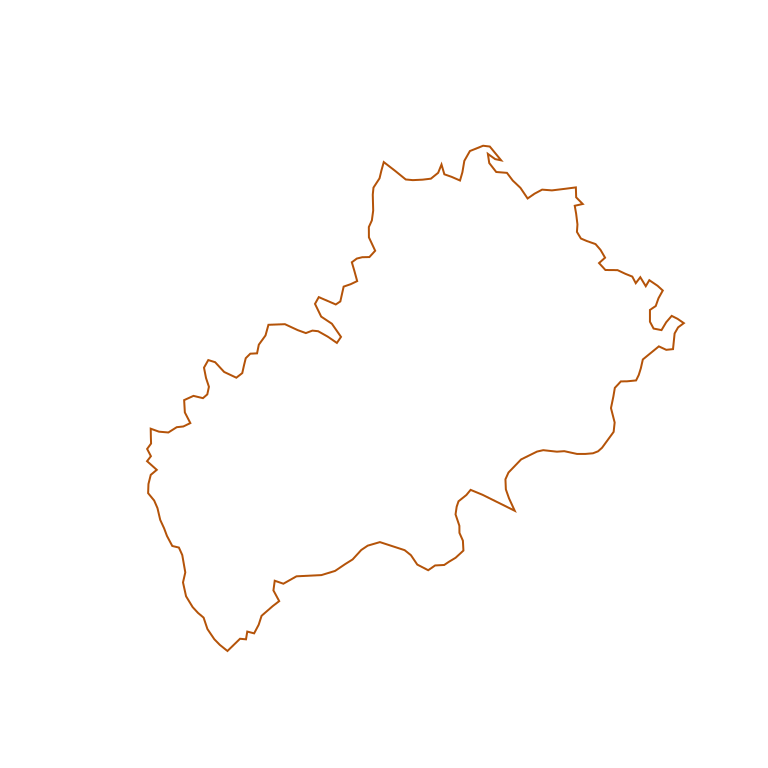 Simolândia, Goiás, Brazil, rotated 146°
{"feature_id": "56859067B65187776336731", "entity_name": "Simolândia", "entity_type": "district", "adm_level": 2, "iso_a3": "BRA", "parent_name": "Brazil", "parent_adm1": "Goiás", "projection": "equal_earth", "projection_center": [-46.59, -14.44], "detail": "fine", "context": "isolated", "style": "outline", "palette": "amber", "viewbox_px": 768, "rotation_deg": 146, "n_neighbors": 0, "source": "geoboundaries", "source_scale": "gbopen_adm2", "svg_char_len": 2758}
<svg xmlns="http://www.w3.org/2000/svg" viewBox="0 0 768 768"><g transform="rotate(146 384 384)"><path d="M602.4,477.4L607.0,470.3L610.4,464.9L616.7,462.6L617.6,454.5L623.6,452.5L620.4,439.9L628.2,439.1L635.2,432.8L640.6,425.4L639.7,415.9L641.2,407.8L645.5,396.5L647.0,387.3L648.9,379.4L650.1,368.1L645.5,363.1L646.9,355.0L654.1,338.9L661.6,331.9L666.8,318.7L667.4,306.0L666.2,298.2L664.2,291.2L667.4,279.6L667.4,267.3L666.0,259.6L663.1,250.2L645.8,253.3L641.2,249.5L635.8,255.2L631.1,249.9L622.5,254.5L615.1,260.3L600.4,262.1L592.3,262.6L591.1,274.7L584.6,282.0L579.1,274.7L564.1,273.5L542.8,260.6L529.1,256.4L516.9,256.4L508.1,256.1L495.7,259.1L487.9,259.1L475.8,255.2L459.8,234.7L457.4,227.0L457.4,215.7L451.5,204.9L443.1,205.0L435.3,200.3L429.5,200.3L421.8,199.9L411.3,201.5L406.2,210.0L404.7,218.4L400.8,224.3L397.6,235.9L392.4,241.6L387.8,245.1L377.8,245.9L371.4,247.8L364.3,237.1L346.5,205.8L344.3,219.3L341.9,228.5L336.6,237.1L330.3,241.0L312.5,244.8L294.9,242.4L289.0,240.1L278.5,231.2L272.1,227.5L263.1,218.1L256.3,213.5L249.5,209.7L244.2,208.5L238.9,209.2L220.4,215.9L214.3,223.1L209.3,237.1L200.9,245.3L194.8,251.7L186.2,253.7L180.8,250.2L173.0,246.0L167.8,249.0L162.3,253.4L155.7,259.6L149.3,260.2L135.1,261.5L130.9,254.5L124.9,251.3L114.8,263.4L108.5,266.5L101.4,266.8L104.2,273.9L107.4,279.6L115.5,277.4L123.8,273.5L129.5,279.2L128.7,286.9L122.1,296.7L115.1,296.7L108.5,301.6L100.6,305.6L102.3,312.5L106.0,321.7L112.3,318.7L111.8,329.2L118.9,326.8L118.1,334.2L122.3,340.4L126.7,347.8L136.7,354.7L138.1,364.0L130.1,365.1L129.5,374.0L130.4,381.7L135.9,389.1L139.4,394.5L139.0,402.2L134.4,408.1L129.5,417.7L126.2,425.1L118.6,422.1L120.3,431.3L115.0,439.7L124.4,444.4L136.5,450.6L144.2,456.7L152.8,457.6L161.2,457.5L161.2,470.3L163.5,480.7L164.0,490.3L172.4,497.0L173.2,508.3L169.2,516.7L166.1,508.3L161.8,503.9L163.5,521.7L168.6,526.1L182.5,529.1L192.6,524.1L200.6,515.7L207.2,510.2L212.1,517.9L216.7,524.1L213.6,533.8L221.0,528.8L230.3,528.0L237.7,531.8L246.1,536.9L251.6,541.4L255.5,554.2L260.1,568.1L266.8,562.4L272.7,557.0L282.9,552.7L287.4,547.3L296.0,533.8L302.6,526.4L308.8,522.6L314.5,514.0L316.8,499.4L325.1,497.4L331.2,501.3L336.4,503.2L342.6,502.9L345.2,494.7L348.7,484.3L355.9,485.4L363.0,487.3L374.0,476.9L379.5,476.9L389.5,492.5L396.4,489.0L398.4,475.0L393.5,463.1L393.3,447.1L400.1,444.4L404.2,454.8L409.1,464.6L413.5,468.3L420.3,469.9L425.4,476.9L432.7,489.0L446.7,497.7L455.1,490.5L465.8,486.6L472.1,480.4L477.9,483.9L484.2,482.7L489.7,477.7L495.4,472.3L502.9,471.8L509.8,483.4L511.8,496.5L516.3,502.1L524.1,498.2L528.2,488.5L530.7,479.6L536.3,474.2L542.0,473.5L548.6,480.7L558.7,482.4L565.0,471.8L566.4,459.9L574.1,461.0L580.0,464.1L589.9,464.4L597.2,470.3L602.4,477.4Z" fill="none" stroke="#b45309" stroke-width="2"/></g></svg>